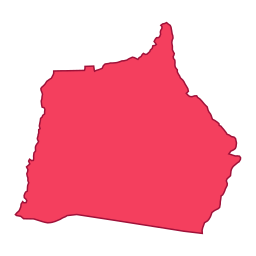 Passagem Franca, Maranhão, Brazil
{"feature_id": "56859067B615678742471", "entity_name": "Passagem Franca", "entity_type": "district", "adm_level": 2, "iso_a3": "BRA", "parent_name": "Brazil", "parent_adm1": "Maranhão", "projection": "albers", "projection_center": [-43.757, -6.116], "detail": "fine", "context": "isolated", "style": "filled", "palette": "rose", "viewbox_px": 256, "rotation_deg": 0, "n_neighbors": 0, "source": "geoboundaries", "source_scale": "gbopen_adm2", "svg_char_len": 3160}
<svg xmlns="http://www.w3.org/2000/svg" viewBox="0 0 256 256"><path d="M53.7,71.0L53.7,73.2L53.3,74.5L51.4,78.2L49.3,79.5L48.1,80.4L46.8,81.3L45.6,83.2L44.8,84.4L43.4,85.8L41.7,87.3L40.9,88.5L41.0,90.0L42.1,92.8L42.5,94.3L42.0,97.0L41.9,98.7L41.2,101.0L41.6,104.7L42.1,107.1L44.2,107.8L44.9,109.5L44.6,111.8L44.6,113.9L42.7,115.4L42.2,116.9L40.6,118.4L40.3,120.8L39.8,123.4L39.3,126.0L40.1,128.7L38.7,129.6L38.7,131.2L38.7,133.0L38.2,134.6L38.0,136.1L37.3,138.3L37.6,139.8L38.5,141.2L37.9,142.8L36.7,144.2L35.6,146.3L35.4,147.7L35.5,149.5L35.5,151.1L34.0,152.8L33.6,156.1L33.7,158.4L33.4,160.4L31.6,160.6L29.6,159.2L28.6,161.1L29.8,163.9L28.6,165.1L26.5,166.9L27.9,169.6L27.6,171.7L26.8,173.7L27.2,176.0L27.9,177.9L27.9,180.7L28.7,182.8L27.7,185.3L27.5,187.1L27.4,189.0L27.3,191.1L25.6,192.1L24.8,193.6L24.1,195.6L24.3,197.7L25.7,198.9L26.8,200.6L26.1,202.6L23.8,202.8L22.7,201.6L21.1,204.1L20.8,206.8L19.7,209.6L18.9,211.0L16.8,212.9L15.4,214.6L16.5,215.5L18.2,215.8L20.8,216.3L23.6,218.7L33.8,218.9L42.4,221.6L45.0,222.3L47.6,222.8L50.4,222.6L52.1,222.3L55.2,221.4L60.2,219.3L62.0,218.2L63.4,217.5L65.6,216.6L67.0,215.6L76.7,214.5L113.9,220.2L175.7,229.9L183.7,231.2L202.3,233.4L202.1,230.4L202.7,227.7L203.7,225.0L204.5,222.7L207.5,220.9L208.9,219.3L210.3,216.9L211.0,215.2L211.9,212.5L214.0,210.9L215.3,210.1L218.2,208.7L219.6,207.4L220.2,204.1L220.3,201.8L220.7,199.2L220.9,197.7L221.1,195.9L222.6,194.9L223.6,193.3L224.8,190.7L225.3,189.0L227.1,185.5L227.3,183.7L226.3,180.8L227.1,178.8L229.4,176.7L230.5,175.7L231.0,170.9L231.5,169.2L232.3,167.7L233.3,166.3L237.7,162.6L239.0,161.8L240.4,159.5L240.6,157.8L239.5,156.2L237.3,155.9L235.5,156.0L233.4,155.4L231.4,154.7L228.8,153.9L230.9,151.1L233.5,149.9L235.3,148.5L236.0,146.8L236.2,145.2L236.5,143.0L235.5,138.5L234.0,137.1L231.5,136.6L229.1,135.0L227.1,134.3L226.0,132.5L224.7,130.8L223.7,129.5L222.2,127.8L221.0,126.3L219.2,125.4L218.9,123.6L217.3,122.2L214.7,120.4L212.5,119.3L211.9,117.8L211.2,115.6L210.5,114.1L208.9,111.9L208.0,110.0L207.2,106.9L205.7,105.5L204.2,103.9L201.8,101.0L199.8,98.9L197.6,97.4L196.7,95.8L194.4,95.9L192.0,96.7L189.8,96.5L188.2,95.4L186.3,93.3L188.4,91.3L187.8,88.6L186.2,85.9L185.1,84.1L183.9,81.7L182.7,80.0L181.6,79.0L180.4,77.9L179.6,76.0L178.4,74.1L177.3,72.0L177.3,69.8L176.1,68.4L175.2,66.9L174.9,65.0L175.0,62.4L174.8,60.1L173.5,58.5L173.2,56.5L173.9,55.1L174.3,53.5L173.5,52.2L172.4,49.8L172.4,46.1L172.0,44.2L171.8,42.7L172.1,40.4L173.0,38.1L172.8,35.8L172.1,33.7L171.6,30.5L171.0,27.2L170.2,25.4L168.3,24.1L166.6,22.6L164.7,23.5L162.7,23.9L160.8,25.3L162.0,26.6L161.8,28.7L160.8,30.2L160.3,32.0L160.6,34.3L159.6,36.7L158.5,37.6L156.5,37.7L155.3,39.2L154.1,41.5L155.4,43.1L156.3,44.5L155.0,45.4L152.9,45.7L152.2,48.4L150.4,50.0L149.7,51.7L146.9,54.2L145.3,54.4L143.4,53.4L142.2,54.6L141.1,56.5L139.1,57.7L137.9,59.4L134.3,57.6L132.4,57.2L128.9,58.8L126.8,60.1L123.8,60.8L121.9,60.9L119.8,61.7L117.3,62.5L115.2,62.8L112.6,63.0L110.4,63.0L108.7,63.5L105.1,64.0L103.4,65.6L102.2,68.3L99.8,69.3L97.7,70.0L96.3,70.4L94.6,71.2L94.2,69.8L93.7,66.1L85.0,66.4L85.0,68.4L84.5,70.4L65.7,70.8L62.3,70.8L53.7,71.0Z" fill="#f43f5e" stroke="#9f1239" stroke-width="1.5"/></svg>